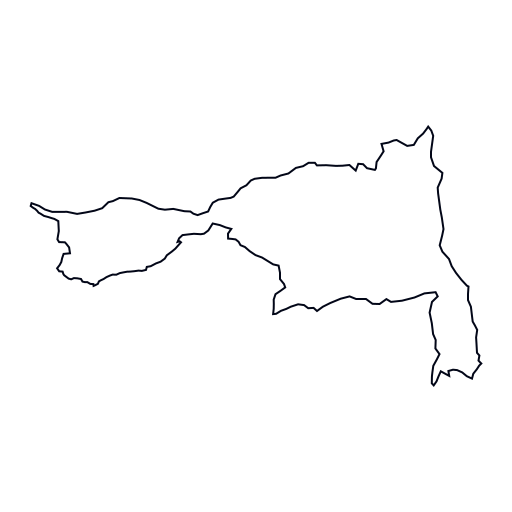 Kathikas, Paphos, Cyprus (Robinson projection)
{"feature_id": "46923920B37221466711633", "entity_name": "Kathikas", "entity_type": "district", "adm_level": 2, "iso_a3": "CYP", "parent_name": "Cyprus", "parent_adm1": "Paphos", "projection": "robinson", "projection_center": [32.401, 34.906], "detail": "fine", "context": "isolated", "style": "outline", "palette": "ink", "viewbox_px": 512, "rotation_deg": 0, "n_neighbors": 0, "source": "geoboundaries", "source_scale": "gbopen_adm2", "svg_char_len": 3149}
<svg xmlns="http://www.w3.org/2000/svg" viewBox="0 0 512 512"><path d="M317.0,311.0L322.9,306.7L330.3,303.0L340.7,298.7L349.6,296.4L356.1,299.0L366.0,299.0L372.5,303.8L379.6,304.0L386.4,299.1L391.0,301.9L402.0,300.7L414.5,297.5L424.4,293.4L435.6,292.2L437.7,296.4L432.0,301.9L429.6,312.6L431.8,323.2L433.1,334.1L435.7,340.0L435.4,348.5L439.5,354.1L436.9,359.3L433.3,365.8L432.4,372.2L432.0,375.6L431.9,377.2L431.8,383.3L433.7,385.4L436.5,381.4L438.5,376.4L440.8,371.3L446.4,374.4L449.2,375.9L448.4,371.0L453.0,369.7L457.1,370.1L462.2,372.4L466.8,376.2L472.0,378.6L473.3,373.7L476.8,369.3L479.2,365.6L481.3,363.5L480.1,362.3L478.5,360.6L479.4,355.5L477.0,352.8L476.5,343.9L476.1,337.4L477.2,329.9L474.9,325.4L472.7,321.6L472.2,317.6L470.9,306.7L468.0,300.1L468.0,294.0L468.5,286.5L466.9,285.7L461.5,279.9L456.0,272.9L451.7,266.2L449.0,259.0L442.4,251.7L439.7,245.3L442.1,235.8L443.5,229.1L441.8,217.4L440.3,209.6L438.1,193.3L437.7,187.6L441.6,178.7L442.4,172.9L434.0,166.0L431.0,157.3L431.0,151.8L433.2,135.8L431.3,130.6L428.2,126.6L426.6,129.0L423.1,133.6L417.8,138.3L413.8,144.9L407.2,145.9L396.6,140.0L393.7,140.5L388.5,142.6L381.5,143.9L383.6,151.3L380.8,155.7L376.6,162.0L375.9,168.4L374.9,169.9L367.0,168.2L363.1,164.2L358.3,163.8L355.7,170.6L349.4,165.0L342.6,165.7L336.1,165.9L326.3,165.2L316.9,165.4L314.9,162.8L308.6,162.8L303.1,166.2L295.9,167.9L288.4,173.5L280.6,175.5L275.6,177.7L262.1,177.8L254.6,178.8L250.8,180.5L246.4,185.3L240.6,188.3L237.6,192.0L233.7,196.6L230.6,197.9L225.4,198.6L218.5,199.6L212.8,202.7L210.3,206.9L208.1,211.5L203.2,213.1L197.6,215.1L193.4,213.7L190.4,211.5L184.3,211.2L173.3,208.9L164.9,209.7L158.3,208.7L146.6,202.9L139.5,200.0L131.8,198.5L119.4,198.0L112.9,201.1L108.4,202.2L102.2,208.2L94.6,210.7L85.5,212.5L77.1,213.9L66.9,211.8L61.2,211.9L52.3,211.9L44.9,209.5L39.1,205.9L31.5,203.2L30.7,206.0L33.3,207.9L35.2,209.0L37.1,210.8L38.6,212.7L40.4,213.6L44.0,215.9L48.5,217.1L51.9,218.2L54.3,218.9L58.3,221.1L58.8,231.1L57.4,239.3L59.1,242.1L64.9,242.3L66.2,243.7L69.1,247.4L70.0,253.3L63.6,253.9L62.1,258.3L61.3,262.0L59.6,265.1L57.1,268.3L59.2,271.3L62.6,271.6L63.3,273.9L64.1,275.2L68.6,278.6L71.2,279.3L73.9,278.1L77.2,278.3L81.0,279.0L82.5,281.6L84.7,282.1L87.3,282.1L90.3,283.9L93.4,284.1L93.6,285.9L95.2,285.2L97.9,283.8L98.9,281.4L100.8,280.3L103.6,279.0L106.5,277.1L110.1,275.5L112.6,274.6L116.3,274.7L119.8,273.1L123.3,272.4L127.1,271.7L130.1,271.6L134.3,271.2L138.6,270.6L141.8,270.9L146.0,269.9L146.8,266.9L150.7,266.2L156.0,263.4L160.6,261.7L164.8,258.6L166.8,255.3L171.8,251.6L175.3,248.7L178.4,245.2L181.0,242.3L179.7,241.3L177.6,241.9L179.1,238.3L182.5,235.1L188.4,234.4L193.9,233.8L200.8,234.2L204.0,233.7L208.3,230.5L212.7,223.5L219.9,225.1L225.7,227.4L231.3,228.9L228.0,233.6L228.1,238.6L231.8,238.9L235.6,239.4L238.6,241.8L240.5,245.2L244.9,247.0L249.6,251.1L255.5,255.1L262.0,257.5L273.2,264.4L278.6,265.6L280.0,272.7L280.0,279.1L284.0,284.0L285.2,287.4L280.1,291.1L275.5,294.2L273.7,299.6L273.8,304.0L273.7,308.9L273.1,314.1L276.1,313.8L281.0,310.8L286.3,308.9L290.8,306.7L298.1,304.3L304.1,305.1L308.2,308.2L313.6,307.9L317.0,311.0Z" fill="none" stroke="#020617" stroke-width="2"/></svg>